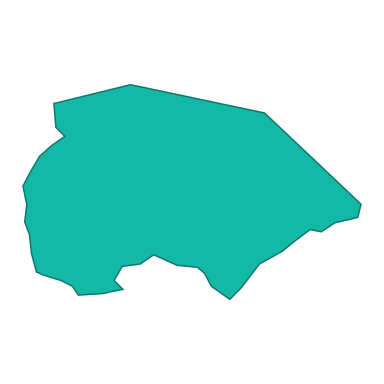 the district of Venha-Ver, Rio Grande do Norte, Brazil
{"feature_id": "56859067B44091941212152", "entity_name": "Venha-Ver", "entity_type": "district", "adm_level": 2, "iso_a3": "BRA", "parent_name": "Brazil", "parent_adm1": "Rio Grande do Norte", "projection": "robinson", "projection_center": [-38.535, -6.321], "detail": "fine", "context": "isolated", "style": "filled", "palette": "teal", "viewbox_px": 384, "rotation_deg": 0, "n_neighbors": 0, "source": "geoboundaries", "source_scale": "gbopen_adm2", "svg_char_len": 594}
<svg xmlns="http://www.w3.org/2000/svg" viewBox="0 0 384 384"><path d="M78.3,295.1L102.3,293.6L122.8,289.3L114.1,280.5L122.2,266.4L140.2,264.0L153.7,254.8L177.1,265.3L197.5,267.3L204.7,273.5L211.3,286.3L229.8,299.3L241.2,287.8L259.4,264.0L282.5,251.1L294.7,241.1L310.2,229.5L321.2,231.8L334.9,222.8L357.8,217.4L361.0,204.2L294.3,141.1L264.5,113.0L130.5,84.7L53.9,103.5L55.9,127.3L64.9,136.4L51.8,145.4L39.5,156.3L29.4,173.7L23.0,186.1L26.8,204.8L24.7,221.9L29.4,234.4L31.6,253.9L36.5,272.0L44.0,275.3L61.0,280.5L72.4,286.3L78.3,295.1Z" fill="#14b8a6" stroke="#0f766e" stroke-width="1.5"/></svg>